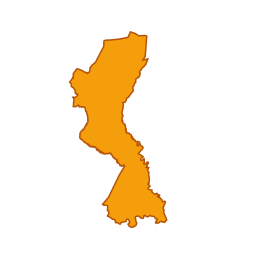 San Joaquín, Querétaro, Mexico (Albers equal-area conic projection), rotated 113°
{"feature_id": "50627088B97826300633000", "entity_name": "San Joaquín", "entity_type": "district", "adm_level": 2, "iso_a3": "MEX", "parent_name": "Mexico", "parent_adm1": "Querétaro", "projection": "albers", "projection_center": [-99.468, 20.999], "detail": "fine", "context": "isolated", "style": "filled", "palette": "amber", "viewbox_px": 256, "rotation_deg": 113, "n_neighbors": 0, "source": "geoboundaries", "source_scale": "gbopen_adm2", "svg_char_len": 5965}
<svg xmlns="http://www.w3.org/2000/svg" viewBox="0 0 256 256"><g transform="rotate(113 128 128)"><path d="M204.8,64.9L204.1,64.3L203.6,62.8L201.3,61.7L200.6,57.5L197.5,56.4L191.4,62.5L189.6,62.6L188.1,64.5L181.8,64.5L181.0,65.5L182.4,67.4L182.1,67.8L180.8,68.7L180.2,70.5L179.8,71.2L179.7,72.0L180.0,73.1L179.3,74.1L178.3,72.4L177.4,72.7L177.6,74.8L176.9,75.6L177.2,76.5L178.2,76.7L178.7,77.6L177.5,81.0L175.8,81.7L176.4,83.9L176.4,85.4L175.1,86.1L173.3,85.0L172.4,85.7L172.0,87.6L171.7,87.9L170.3,87.1L169.9,87.5L166.4,88.4L163.1,90.7L160.8,91.3L159.7,93.3L158.7,93.5L156.4,93.5L156.5,94.6L157.4,95.5L157.1,96.0L156.1,95.4L154.7,96.0L152.9,95.6L151.7,95.9L151.7,96.7L152.4,97.3L153.3,97.3L154.2,97.7L155.0,99.3L154.9,99.5L152.9,99.6L151.6,100.4L150.6,100.7L150.0,101.3L152.3,102.4L152.6,103.3L152.3,103.9L151.5,104.1L150.6,104.0L148.8,102.8L148.3,103.1L147.6,108.4L143.8,107.4L141.8,106.5L140.3,106.5L139.8,106.7L139.3,107.8L139.4,108.8L138.9,109.7L137.4,111.1L137.3,111.5L139.0,111.8L139.8,111.4L140.2,111.5L140.8,112.4L139.3,113.3L138.8,113.2L137.4,113.5L136.5,112.9L136.8,114.2L137.3,114.6L137.2,115.4L137.4,115.7L137.3,116.1L136.7,116.3L136.1,117.9L136.4,118.5L136.4,119.0L135.9,118.8L135.8,120.1L135.3,119.9L135.3,120.7L134.7,120.4L134.2,121.0L134.4,121.5L133.4,122.0L132.9,122.6L133.1,124.1L132.3,124.7L133.0,127.0L133.0,127.8L132.4,128.1L132.0,127.8L131.6,128.1L131.9,128.5L130.8,129.0L130.5,129.5L130.2,129.1L129.7,129.5L129.3,129.5L129.0,130.1L126.7,131.6L126.8,132.3L126.5,132.4L126.1,132.2L125.8,132.4L125.8,133.0L125.4,133.8L125.0,135.3L124.5,135.6L124.2,135.4L123.5,135.9L123.4,136.4L123.0,136.1L122.7,136.7L120.6,137.7L120.1,137.3L118.4,137.5L118.2,138.1L117.1,138.9L116.8,139.5L110.6,140.6L110.2,141.0L108.0,141.4L106.7,142.8L105.7,141.2L105.0,140.6L103.4,140.5L102.8,140.6L102.4,140.5L101.5,140.9L100.9,140.9L100.6,140.4L99.3,139.5L96.9,139.2L96.2,138.7L94.9,138.7L93.0,137.9L91.6,137.7L91.0,137.9L88.8,139.5L85.8,139.1L85.0,139.4L83.9,139.3L83.1,138.7L82.7,139.0L79.8,139.9L78.2,139.0L77.6,138.2L77.0,137.9L76.8,138.2L75.7,137.7L75.1,137.9L74.7,137.7L73.8,138.1L72.7,138.2L72.5,138.8L71.8,139.4L68.8,138.5L68.0,138.7L66.9,138.4L66.0,137.6L62.5,136.5L56.7,136.7L59.6,140.9L55.4,140.1L36.0,146.7L36.5,149.5L37.0,150.0L38.9,154.4L38.2,158.1L38.6,163.3L44.6,163.5L49.3,170.3L54.0,178.8L55.9,182.9L57.2,184.2L62.3,182.2L80.2,183.6L84.3,185.7L87.9,186.5L88.3,185.9L89.1,185.7L91.8,185.6L93.6,186.5L93.4,187.2L93.1,187.2L93.0,188.1L93.6,188.7L93.1,192.7L93.1,196.7L93.3,197.7L93.8,198.2L94.5,198.7L95.1,198.4L96.2,198.6L96.4,198.9L97.3,199.2L99.6,199.6L99.8,199.3L101.2,198.7L102.3,198.7L103.0,198.4L103.5,197.8L104.2,198.7L106.7,199.0L107.6,199.5L108.6,199.6L109.7,197.4L111.8,196.4L112.1,195.7L112.4,193.7L112.7,193.5L113.7,191.5L114.8,191.1L115.1,190.6L116.5,190.2L116.7,189.6L116.5,189.3L116.5,188.9L116.9,188.8L116.6,187.8L117.0,187.3L117.9,187.3L119.5,188.0L120.9,188.9L121.2,189.8L120.8,190.2L121.3,190.8L121.9,189.5L123.1,188.8L125.5,188.0L126.0,188.1L127.4,187.4L128.4,187.2L128.9,186.8L129.6,186.8L128.6,184.2L127.1,183.1L126.5,183.0L126.4,182.7L126.7,182.6L126.7,181.4L127.6,181.1L126.8,179.9L127.0,178.6L125.8,177.7L125.7,177.3L126.2,176.3L126.2,175.4L128.4,174.0L128.8,173.3L129.1,173.2L129.0,172.9L129.2,172.5L130.1,172.2L130.5,171.6L131.1,171.3L133.2,169.5L133.8,169.4L134.1,169.0L134.6,168.7L135.2,168.8L135.8,168.2L136.9,167.9L137.1,167.5L137.8,167.2L139.0,167.4L139.5,167.3L139.6,167.7L139.8,167.7L140.6,167.5L140.8,167.6L141.5,167.2L141.9,167.4L141.9,168.0L142.7,167.9L144.0,168.2L144.7,168.0L145.0,168.2L146.0,168.0L146.9,168.2L147.1,168.4L146.9,168.8L147.7,168.8L148.1,169.4L148.6,169.4L148.9,169.7L151.5,170.1L152.2,169.9L152.7,169.6L153.3,169.6L154.0,169.1L155.2,168.9L156.2,168.2L156.7,167.0L156.4,166.3L157.4,164.7L157.4,164.0L157.7,162.9L158.3,162.5L158.2,160.8L158.5,159.9L158.3,158.9L158.9,158.9L159.0,158.5L158.8,157.9L159.3,157.7L159.0,157.2L159.6,156.9L159.4,156.1L159.7,155.8L159.4,155.3L159.8,155.2L159.3,154.6L159.5,153.9L159.0,153.0L158.5,153.1L158.4,152.9L159.1,152.3L158.7,152.0L158.9,151.5L158.4,151.2L158.4,150.3L158.9,149.7L158.9,149.2L159.8,148.8L159.8,148.2L160.4,148.0L160.3,147.5L160.7,147.0L160.6,146.8L159.6,147.2L159.3,147.2L159.7,146.3L160.1,146.4L160.7,144.9L161.2,145.0L161.3,144.8L160.8,144.4L161.1,143.9L160.3,144.3L160.0,144.1L160.5,143.4L160.4,142.8L160.5,142.7L160.9,142.7L160.9,142.0L161.2,141.4L160.7,141.2L161.3,140.6L160.6,139.9L160.6,139.4L161.0,138.9L159.7,137.6L159.8,136.9L158.8,135.6L158.2,135.3L158.6,134.0L158.1,133.7L159.0,132.9L159.1,132.3L159.7,131.7L159.8,131.1L160.3,130.8L161.0,129.8L160.7,129.1L161.4,128.8L161.5,127.8L161.2,127.1L161.4,126.7L161.8,126.5L161.5,125.9L162.1,125.6L162.2,125.0L163.0,125.4L163.5,125.2L163.2,124.2L163.5,123.7L163.9,124.1L164.2,124.1L164.1,122.4L164.6,121.4L165.2,121.2L165.7,120.4L165.2,119.6L165.7,119.0L165.0,118.7L164.9,118.1L164.7,117.8L164.3,117.6L163.7,117.7L163.7,117.4L164.0,116.7L164.4,116.5L164.4,116.2L175.4,117.7L199.1,118.8L208.2,121.6L208.6,120.0L208.3,119.4L207.8,118.9L207.6,118.0L207.6,116.8L207.8,116.4L208.7,115.8L212.0,114.7L212.1,114.4L212.2,113.3L213.2,112.6L214.8,112.3L216.6,112.6L217.1,112.4L217.1,109.6L218.1,106.8L218.1,106.2L217.6,105.5L217.5,104.6L218.2,103.6L219.7,102.7L220.0,102.0L219.8,101.7L219.2,101.3L219.1,100.7L219.6,99.4L219.6,97.9L219.3,97.4L217.8,97.4L217.2,97.1L216.6,95.8L216.0,95.2L215.0,93.4L214.6,93.3L213.5,93.6L212.3,93.3L212.1,92.9L212.1,92.0L212.4,91.1L213.3,90.5L214.2,89.5L214.6,89.5L215.8,90.2L216.5,90.3L216.8,90.2L217.9,88.4L218.2,86.8L217.2,84.5L214.4,82.6L212.8,82.7L211.8,83.0L210.9,84.2L207.4,86.3L206.7,86.4L206.0,86.0L205.8,85.3L204.9,83.6L205.0,82.8L205.6,82.0L205.8,80.8L205.4,79.1L205.2,78.8L204.3,78.6L202.8,79.2L202.1,78.9L202.0,78.2L202.3,77.0L202.2,75.7L201.8,74.8L201.2,74.3L200.2,73.9L199.9,73.4L199.8,72.9L200.0,71.8L199.3,69.6L199.6,68.6L200.7,67.4L200.4,66.0L200.5,65.2L200.9,65.1L203.5,65.8L204.4,65.5L204.8,64.9Z" fill="#f59e0b" stroke="#b45309" stroke-width="1.5"/></g></svg>